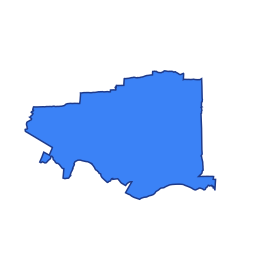 Costesti, Vaslui, Romania, rotated 104°
{"feature_id": "2599482B89888252920776", "entity_name": "Costesti", "entity_type": "district", "adm_level": 2, "iso_a3": "ROU", "parent_name": "Romania", "parent_adm1": "Vaslui", "projection": "natural_earth1", "projection_center": [27.779, 46.468], "detail": "fine", "context": "isolated", "style": "filled", "palette": "blue", "viewbox_px": 256, "rotation_deg": 104, "n_neighbors": 0, "source": "geoboundaries", "source_scale": "gbopen_adm2", "svg_char_len": 5730}
<svg xmlns="http://www.w3.org/2000/svg" viewBox="0 0 256 256"><g transform="rotate(104 128 128)"><path d="M182.4,205.4L182.7,204.5L182.7,204.1L182.4,203.7L181.5,203.0L181.5,202.7L181.6,202.3L181.7,201.4L182.0,200.4L181.9,199.9L181.6,199.2L181.4,198.9L178.4,197.3L177.2,196.3L176.7,196.0L176.3,195.9L175.5,195.7L174.5,196.2L174.1,196.2L173.9,195.9L173.8,195.3L173.9,194.8L174.3,194.4L174.7,193.8L174.9,193.6L176.4,193.1L176.9,192.6L177.5,191.4L178.0,190.8L178.5,190.5L179.0,189.8L179.4,189.0L179.5,188.6L179.3,187.8L179.3,187.5L179.6,186.8L180.0,185.8L182.6,182.6L182.9,182.2L183.1,181.6L182.9,180.5L183.6,180.3L192.3,178.9L192.4,176.9L191.9,176.0L191.0,173.5L189.7,173.0L188.8,172.8L188.5,172.3L188.4,172.2L187.8,172.1L187.5,172.6L184.9,172.5L183.3,172.1L180.7,171.6L180.5,172.0L176.5,171.2L175.8,171.8L175.3,171.6L174.3,171.5L173.8,171.4L173.5,171.2L172.5,170.2L171.6,169.2L171.3,168.7L170.8,167.0L170.7,166.4L170.8,164.5L170.7,160.5L170.5,159.3L170.5,158.6L170.7,157.5L171.1,155.6L171.2,155.8L171.5,154.9L172.0,154.0L172.3,153.5L173.0,152.6L174.7,150.7L175.2,150.4L175.5,150.1L176.0,149.7L176.4,149.2L176.5,148.9L176.7,147.9L177.5,146.8L177.7,146.2L178.3,145.5L178.6,145.4L179.0,145.0L179.1,144.1L179.1,143.6L179.3,143.3L180.8,142.7L181.8,141.8L182.4,141.1L183.9,138.5L185.8,134.9L185.7,134.7L185.5,134.4L185.3,134.1L184.5,133.7L183.9,132.6L183.5,132.2L182.0,131.9L181.4,131.7L181.0,131.4L180.7,130.6L181.5,130.3L179.7,125.7L179.8,125.5L181.0,123.8L182.3,122.2L183.0,121.1L183.9,118.2L184.4,116.4L182.1,115.4L180.1,113.6L179.8,113.1L179.3,111.7L179.2,111.3L190.5,114.5L191.4,114.7L192.2,111.3L192.2,110.6L192.2,110.2L192.6,109.4L193.3,107.7L193.5,106.9L193.8,105.6L193.9,104.9L194.2,101.2L194.2,100.6L194.3,100.1L194.4,99.6L194.2,99.3L193.1,98.4L192.7,97.9L192.2,97.0L191.6,96.1L191.2,95.3L190.7,93.9L190.4,93.2L188.7,91.1L188.3,90.4L187.9,89.5L186.7,87.7L186.1,87.1L184.8,86.2L182.9,85.5L180.8,83.4L179.2,82.3L178.5,81.7L178.2,81.2L177.6,79.6L177.2,78.7L175.9,77.4L174.0,75.0L173.1,73.8L172.0,71.2L170.7,67.0L169.9,63.9L169.5,61.4L169.5,60.4L169.9,58.6L170.0,57.3L170.5,53.5L170.8,52.2L171.1,51.0L171.5,50.1L171.8,48.6L171.8,47.7L171.5,47.1L170.6,46.1L170.0,45.3L169.6,44.9L169.3,44.7L169.2,44.4L168.8,43.7L168.8,43.3L168.9,42.7L169.0,40.9L169.2,40.5L169.6,39.8L169.6,39.5L169.5,39.0L169.2,38.5L168.9,38.2L168.6,38.1L167.6,38.0L167.1,37.8L166.6,37.5L165.9,36.8L164.2,36.3L164.1,35.7L164.1,35.4L164.5,34.8L164.1,34.1L163.4,33.0L163.4,32.8L164.3,32.3L164.2,32.0L163.9,31.6L164.0,31.4L164.2,30.8L164.5,30.7L165.1,31.0L165.3,30.9L165.5,30.8L165.3,30.1L165.9,29.4L167.0,28.9L167.2,28.6L167.5,28.6L156.7,30.6L157.1,32.3L157.1,33.0L156.6,32.9L156.2,33.0L154.4,33.2L154.5,34.0L155.7,39.2L158.0,47.8L154.1,45.4L151.3,45.5L151.0,45.0L150.8,44.9L148.2,45.7L147.0,46.0L146.2,46.3L145.6,46.5L142.9,47.3L139.2,49.2L138.2,49.5L137.9,49.9L137.6,50.2L136.9,50.3L136.5,50.1L136.3,50.0L136.1,49.8L135.7,49.8L134.8,49.9L131.1,51.1L110.7,56.5L96.3,60.7L95.9,60.3L93.8,60.8L93.3,60.5L92.1,61.0L90.9,61.5L90.2,61.7L90.2,62.0L89.9,61.9L89.6,61.4L89.3,62.0L85.1,62.9L84.6,62.4L83.6,62.6L82.5,62.7L81.4,63.2L69.6,66.4L62.3,68.5L63.1,69.3L63.7,70.0L63.8,70.3L63.9,70.9L64.1,71.4L64.3,72.2L64.7,74.2L64.8,75.5L64.8,76.2L65.1,76.7L65.2,77.1L65.6,78.2L65.9,79.3L66.1,80.6L66.6,82.4L66.9,83.9L67.2,85.2L67.5,85.9L67.6,86.0L65.9,86.3L65.3,86.5L64.4,86.6L62.1,87.1L61.8,87.2L61.6,87.4L61.9,87.9L63.3,89.7L63.5,90.2L63.6,90.5L63.5,91.2L63.1,92.1L62.5,94.1L62.5,94.5L62.3,95.0L62.0,95.6L62.1,96.1L62.3,96.4L62.6,96.7L62.7,97.0L62.7,97.4L62.4,97.9L62.3,98.3L62.5,98.9L62.4,99.3L62.8,100.5L62.8,100.9L63.0,101.1L63.0,101.8L63.3,102.3L63.4,103.2L63.5,103.8L63.5,105.0L63.7,106.1L63.7,106.4L64.3,107.1L64.9,107.3L65.0,107.5L65.4,108.2L66.1,108.9L66.4,109.5L66.8,112.2L66.6,113.1L66.4,113.8L66.2,114.0L66.4,114.7L66.5,116.0L67.1,117.3L67.2,117.7L68.1,117.6L70.5,117.1L70.8,117.9L71.1,118.8L71.9,120.7L72.2,121.5L72.5,122.4L73.5,124.1L73.9,124.6L74.6,125.7L74.9,126.2L75.2,126.8L75.6,127.9L75.9,128.1L76.6,129.9L76.7,130.8L77.1,131.1L77.2,131.7L77.3,133.2L77.2,133.6L77.3,134.2L77.4,134.8L77.9,135.5L78.0,136.0L78.2,136.6L79.5,139.1L80.7,142.4L80.9,143.5L81.1,143.6L87.7,142.4L88.0,143.6L88.9,146.9L89.3,148.4L89.4,149.4L89.5,149.6L89.8,149.6L91.3,149.3L91.4,149.5L91.0,149.8L91.1,150.0L91.5,149.9L91.9,149.9L91.8,150.1L92.0,150.2L92.4,149.7L92.6,149.6L92.6,149.4L93.9,149.0L94.1,149.1L94.2,149.6L94.5,151.2L94.9,152.6L95.4,154.2L97.1,153.9L97.5,155.0L97.7,157.0L98.0,157.7L98.8,160.1L98.9,161.6L99.2,162.5L99.3,162.7L99.5,163.7L99.7,164.0L100.0,165.3L100.4,166.2L100.7,166.9L101.1,167.7L101.7,169.5L101.8,170.2L102.5,171.9L102.7,172.3L103.0,174.0L103.2,175.2L103.8,177.3L104.3,179.3L105.4,181.9L105.5,182.6L107.3,182.1L113.0,181.1L115.9,180.8L116.2,181.7L116.2,182.2L117.0,185.7L117.2,186.4L117.7,187.9L118.0,189.7L119.1,192.8L119.6,193.5L119.8,193.9L120.6,194.5L121.4,195.0L121.6,195.2L122.6,197.0L122.9,197.5L123.3,199.0L123.8,200.2L124.2,202.0L124.7,203.3L124.8,204.1L124.7,204.6L124.7,204.9L125.0,205.9L125.4,206.6L125.7,207.3L125.8,207.9L126.0,209.1L126.2,209.5L126.8,212.0L127.7,214.2L127.8,215.1L129.5,221.0L130.2,223.7L130.2,224.5L130.5,224.8L133.0,224.9L133.4,224.7L133.5,224.1L134.0,223.9L134.4,224.2L135.1,225.1L136.0,225.7L136.3,225.7L136.6,225.0L136.8,223.8L137.0,223.7L137.4,223.7L138.8,224.3L139.9,225.1L141.0,225.5L141.3,226.0L141.5,225.6L141.9,224.8L142.0,224.3L142.2,223.9L142.7,223.8L143.2,223.8L143.4,223.9L146.5,227.2L147.1,227.5L147.9,227.5L148.7,227.5L149.5,227.2L150.1,226.9L151.3,226.1L151.7,226.1L152.0,226.0L152.6,225.5L153.0,225.4L153.4,225.7L154.2,227.4L154.3,227.4L154.6,227.4L156.1,226.7L165.2,196.7L167.1,196.8L168.5,197.1L173.4,197.8L171.8,203.9L177.2,204.5L182.4,205.4Z" fill="#3b82f6" stroke="#1e3a8a" stroke-width="1.5"/></g></svg>